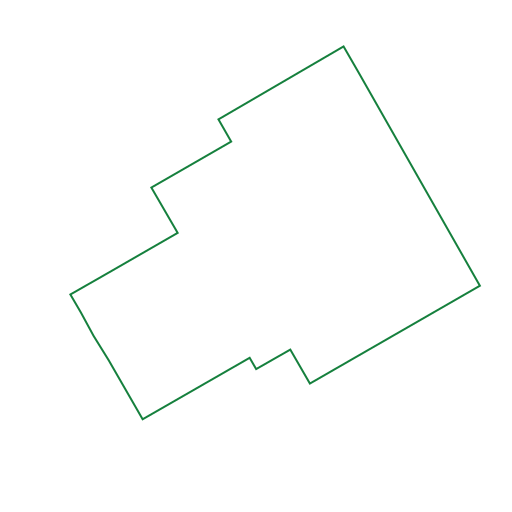 Tippah, Mississippi, United States of America (Mercator projection), rotated 240°
{"feature_id": "52423323B445866632438", "entity_name": "Tippah", "entity_type": "district", "adm_level": 2, "iso_a3": "USA", "parent_name": "United States of America", "parent_adm1": "Mississippi", "projection": "mercator", "projection_center": [-88.878, 34.796], "detail": "fine", "context": "isolated", "style": "outline", "palette": "green", "viewbox_px": 512, "rotation_deg": 240, "n_neighbors": 0, "source": "geoboundaries", "source_scale": "gbopen_adm2", "svg_char_len": 388}
<svg xmlns="http://www.w3.org/2000/svg" viewBox="0 0 512 512"><g transform="rotate(240 256 256)"><path d="M315.5,76.0L294.7,76.1L268.0,75.4L239.6,76.3L171.3,76.2L171.0,199.6L158.0,199.6L157.8,238.9L118.6,238.9L118.3,435.0L363.7,436.6L380.6,436.6L393.7,436.6L393.1,291.8L367.5,291.7L367.6,199.6L315.2,199.7L315.3,116.6L315.5,76.0Z" fill="none" stroke="#15803d" stroke-width="2"/></g></svg>